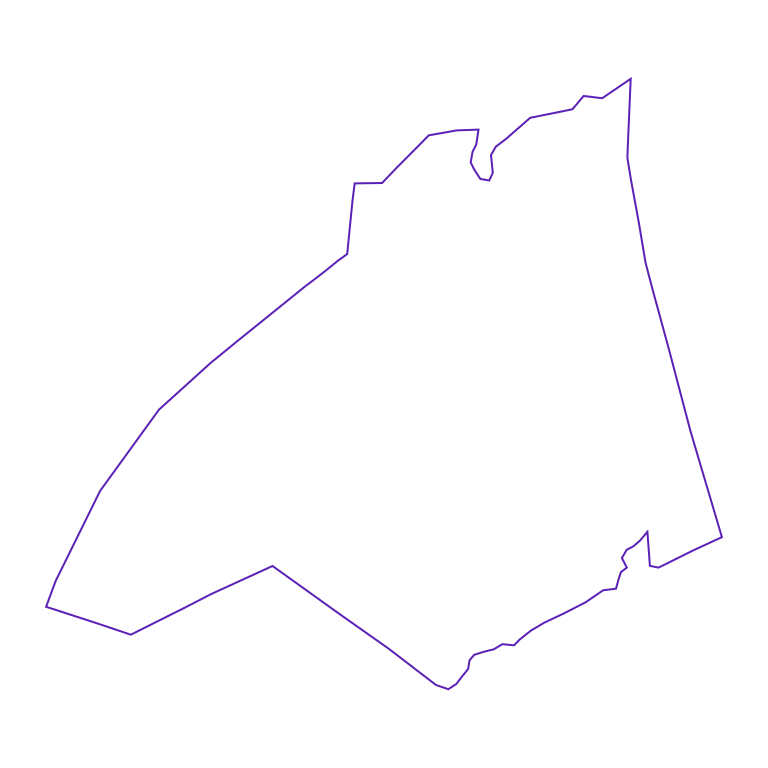 Altinho, Pernambuco, Brazil (Natural Earth projection)
{"feature_id": "56859067B14370835694684", "entity_name": "Altinho", "entity_type": "district", "adm_level": 2, "iso_a3": "BRA", "parent_name": "Brazil", "parent_adm1": "Pernambuco", "projection": "natural_earth1", "projection_center": [-36.08, -8.478], "detail": "fine", "context": "isolated", "style": "outline", "palette": "violet", "viewbox_px": 768, "rotation_deg": 0, "n_neighbors": 0, "source": "geoboundaries", "source_scale": "gbopen_adm2", "svg_char_len": 1151}
<svg xmlns="http://www.w3.org/2000/svg" viewBox="0 0 768 768"><path d="M630.7,78.8L602.2,98.2L594.5,97.3L583.6,96.0L572.5,109.2L564.4,110.9L530.2,117.8L505.9,139.0L495.8,146.7L491.0,155.1L492.8,172.8L489.2,180.5L480.3,178.9L474.2,169.5L470.7,162.5L472.5,152.0L476.3,144.3L478.5,129.6L456.6,130.4L446.2,132.3L428.8,135.3L417.9,146.4L396.6,167.8L382.1,183.0L354.7,183.4L352.5,200.7L347.2,254.0L337.7,260.9L325.0,271.2L313.2,280.3L305.1,286.4L236.6,341.7L210.9,362.7L159.0,409.6L100.1,490.9L55.6,581.1L46.1,606.8L98.2,623.7L130.8,634.7L172.7,613.7L186.9,606.6L208.9,595.2L215.2,592.2L272.5,566.0L340.9,615.0L388.7,648.7L436.0,685.0L448.3,689.2L456.4,683.9L462.5,675.9L468.2,668.9L469.5,660.3L474.2,654.8L484.5,651.6L494.0,649.2L502.3,644.2L514.1,645.3L519.6,639.6L530.9,630.6L544.2,622.7L563.3,613.7L576.8,606.8L585.9,602.1L603.1,590.3L616.0,588.7L618.5,579.5L621.0,572.1L626.8,567.6L621.9,558.0L626.7,549.8L633.2,546.4L639.8,540.8L647.4,531.8L649.9,565.9L658.6,567.6L693.4,550.3L721.9,537.1L690.6,431.6L668.3,347.0L652.3,288.5L645.5,262.5L638.9,223.0L631.1,180.6L627.4,158.0L627.8,146.3L630.7,78.8Z" fill="none" stroke="#5b21b6" stroke-width="2"/></svg>